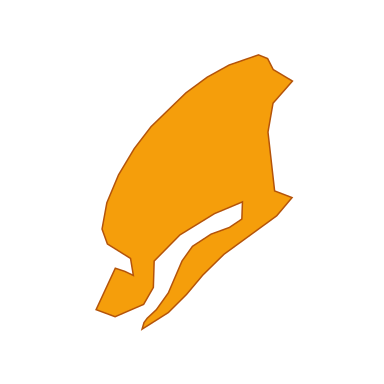 SVG path tracing the border of Barbuda, rotated 236°
{"feature_id": "ATG-5091", "entity_name": "Barbuda", "entity_type": "Dependency", "adm_level": 1, "iso_a3": "ATG", "parent_name": "Antigua and Barbuda", "parent_adm1": "", "projection": "equal_earth", "projection_center": [-61.817, 17.637], "detail": "fine", "context": "isolated", "style": "filled", "palette": "amber", "viewbox_px": 384, "rotation_deg": 236, "n_neighbors": 0, "source": "natural_earth", "source_scale": "10m", "svg_char_len": 699}
<svg xmlns="http://www.w3.org/2000/svg" viewBox="0 0 384 384"><g transform="rotate(236 192 192)"><path d="M146.7,261.1L131.4,271.8L124.9,248.9L122.5,183.7L117.1,154.5L110.1,130.0L105.3,105.0L106.2,73.9L110.6,79.2L112.4,84.3L114.4,96.7L121.6,116.0L140.4,145.2L146.7,162.0L146.4,184.3L141.7,203.2L141.7,218.2L155.6,228.3L161.5,198.6L163.2,158.0L155.9,122.0L134.5,106.6L125.9,89.1L131.6,58.5L148.1,46.7L171.7,85.8L163.8,91.9L155.6,96.7L171.3,103.9L196.2,92.8L211.6,96.7L230.7,115.4L247.3,140.7L260.3,168.5L269.1,194.7L277.6,242.5L278.7,268.9L276.5,293.8L268.5,323.8L260.3,329.3L248.1,327.8L227.8,337.3L220.3,308.8L199.2,288.5L146.7,261.1Z" fill="#f59e0b" stroke="#b45309" stroke-width="1.5"/></g></svg>